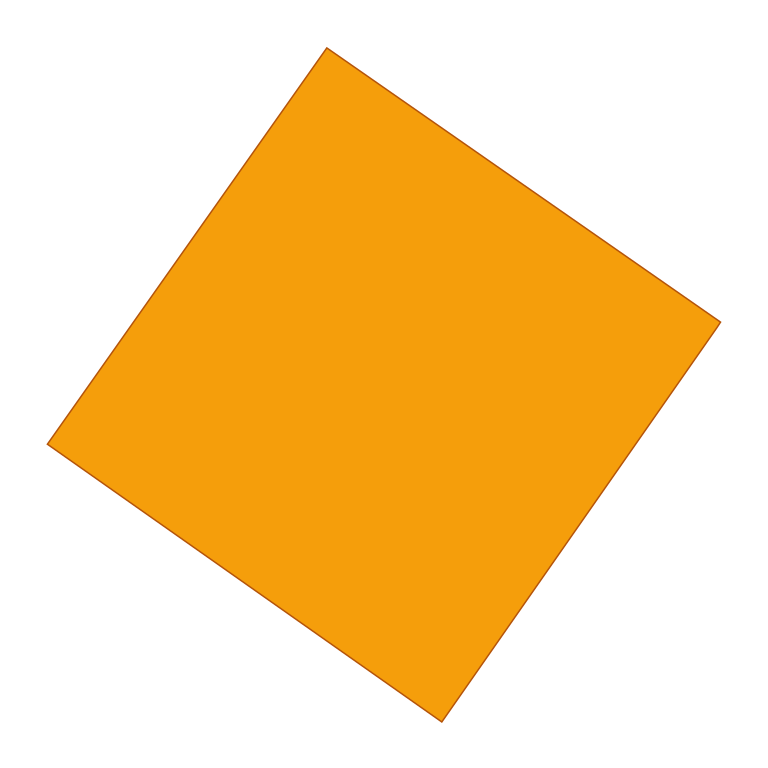 the district of Carson, Texas, United States of America, rotated 35°
{"feature_id": "52423323B89233879615837", "entity_name": "Carson", "entity_type": "district", "adm_level": 2, "iso_a3": "USA", "parent_name": "United States of America", "parent_adm1": "Texas", "projection": "albers", "projection_center": [-101.316, 35.404], "detail": "fine", "context": "isolated", "style": "filled", "palette": "amber", "viewbox_px": 768, "rotation_deg": 35, "n_neighbors": 0, "source": "geoboundaries", "source_scale": "gbopen_adm2", "svg_char_len": 254}
<svg xmlns="http://www.w3.org/2000/svg" viewBox="0 0 768 768"><g transform="rotate(35 384 384)"><path d="M625.2,627.7L624.4,147.1L624.2,140.3L144.4,141.5L144.4,145.7L142.8,626.4L625.2,627.7Z" fill="#f59e0b" stroke="#b45309" stroke-width="1.5"/></g></svg>